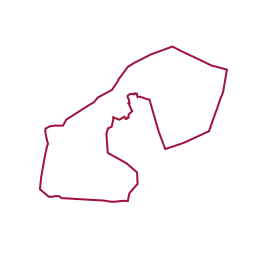 San Andrés Sinaxtla, Oaxaca, Mexico (Equal Earth projection), rotated 290°
{"feature_id": "50627088B95640219067046", "entity_name": "San Andrés Sinaxtla", "entity_type": "district", "adm_level": 2, "iso_a3": "MEX", "parent_name": "Mexico", "parent_adm1": "Oaxaca", "projection": "equal_earth", "projection_center": [-97.298, 17.485], "detail": "fine", "context": "isolated", "style": "outline", "palette": "rose", "viewbox_px": 256, "rotation_deg": 290, "n_neighbors": 0, "source": "geoboundaries", "source_scale": "gbopen_adm2", "svg_char_len": 1537}
<svg xmlns="http://www.w3.org/2000/svg" viewBox="0 0 256 256"><g transform="rotate(290 128 128)"><path d="M136.8,84.0L114.7,67.1L108.0,66.1L104.9,57.8L102.6,53.6L99.0,50.7L96.2,51.5L88.9,56.0L85.8,58.2L82.9,58.2L74.5,59.3L51.7,63.3L40.3,66.2L36.3,77.0L36.7,77.5L36.8,78.3L37.1,78.6L37.3,79.4L37.3,80.3L38.3,81.8L38.8,82.1L39.0,82.7L39.2,83.8L39.4,84.2L39.7,84.5L40.1,85.5L40.3,86.7L39.4,89.6L40.3,92.5L46.7,114.0L51.7,130.6L52.3,134.3L53.0,137.5L53.9,140.1L58.1,148.8L59.3,152.8L67.2,151.6L78.7,156.1L89.4,151.7L94.3,138.7L97.7,117.5L115.1,109.7L120.8,109.3L123.6,112.2L130.7,111.3L133.0,110.4L132.8,117.0L134.1,118.1L137.3,120.6L135.8,122.6L135.8,123.2L136.8,124.1L137.6,123.8L138.0,124.9L141.0,124.0L145.1,126.2L146.1,125.4L146.2,124.9L149.7,121.9L151.0,120.2L151.3,120.5L151.5,119.9L152.6,120.5L154.0,119.5L155.8,118.5L156.1,117.6L156.8,117.3L157.0,117.0L158.0,116.6L160.1,117.8L160.6,118.5L161.5,120.4L161.6,122.0L162.1,122.7L162.6,122.2L163.1,123.1L163.3,124.7L160.9,125.9L160.7,126.1L160.8,126.1L161.3,128.1L161.6,130.8L161.6,134.5L161.6,136.3L162.1,138.4L135.2,158.0L121.0,170.2L132.8,185.1L152.7,205.2L174.1,205.0L175.3,205.1L176.4,205.3L177.4,205.0L180.5,205.0L182.1,204.9L184.6,204.8L186.0,204.9L188.0,204.7L189.9,205.1L192.0,205.0L192.4,205.0L194.7,205.0L216.7,201.0L215.3,185.0L217.1,167.0L218.4,152.5L219.7,141.8L205.0,124.4L191.9,112.1L185.6,107.1L185.2,106.9L182.9,106.2L175.0,103.9L174.1,103.6L170.4,102.4L169.3,102.6L158.3,99.9L146.3,89.2L140.4,87.1L136.8,84.0Z" fill="none" stroke="#9f1239" stroke-width="2"/></g></svg>